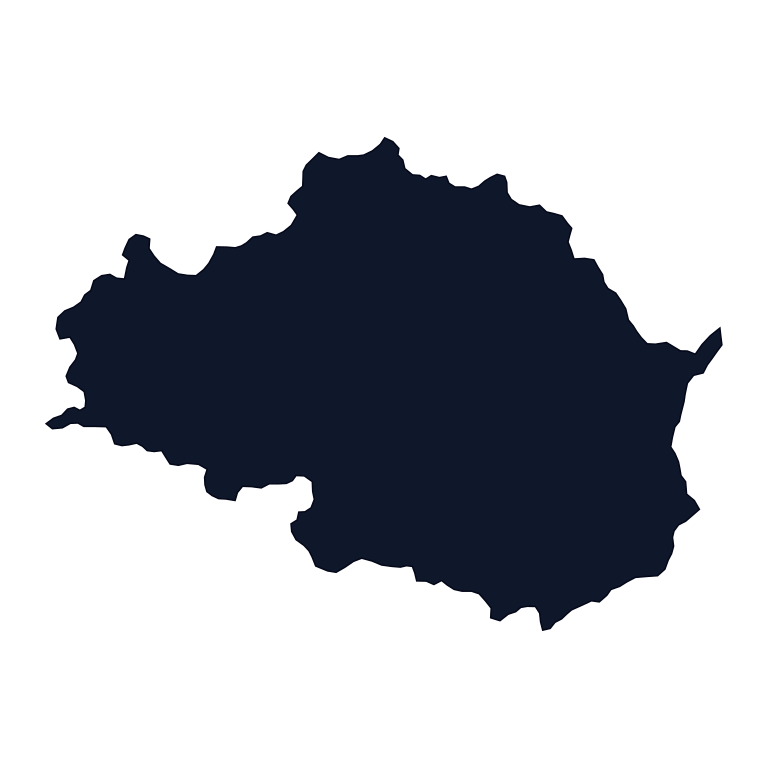 outline of Entre Rios de Minas, Minas Gerais, Brazil
{"feature_id": "56859067B35453234944232", "entity_name": "Entre Rios de Minas", "entity_type": "district", "adm_level": 2, "iso_a3": "BRA", "parent_name": "Brazil", "parent_adm1": "Minas Gerais", "projection": "orthographic", "projection_center": [-44.105, -20.704], "detail": "fine", "context": "isolated", "style": "filled", "palette": "ink", "viewbox_px": 768, "rotation_deg": 0, "n_neighbors": 0, "source": "geoboundaries", "source_scale": "gbopen_adm2", "svg_char_len": 3352}
<svg xmlns="http://www.w3.org/2000/svg" viewBox="0 0 768 768"><path d="M699.4,509.3L694.3,500.5L686.6,494.1L685.6,481.7L681.0,475.6L679.9,469.0L678.5,461.8L674.9,453.4L670.7,447.0L672.4,437.3L674.9,426.9L679.3,421.5L680.6,415.1L682.3,408.4L684.0,401.7L685.1,394.1L687.4,383.2L693.6,375.3L703.2,372.9L707.3,364.9L711.6,359.1L716.9,351.6L721.9,344.9L720.8,336.1L719.9,328.0L710.3,335.7L702.0,344.6L695.3,354.2L687.3,351.0L680.4,350.9L674.5,347.3L666.5,342.5L655.5,344.2L647.2,343.8L641.3,337.7L636.6,331.4L633.3,326.0L628.4,320.0L625.7,308.7L620.6,300.3L615.7,293.1L607.9,288.5L603.9,282.1L602.6,274.6L597.9,267.1L593.9,259.8L584.6,258.4L574.0,259.0L571.3,250.3L568.0,242.0L569.6,235.6L571.7,228.3L567.4,223.3L562.0,215.9L553.1,213.4L546.4,211.9L539.5,205.2L529.8,207.0L519.0,204.8L511.2,199.4L507.1,192.6L506.7,182.4L504.6,176.3L497.1,174.3L490.4,177.6L484.9,181.0L478.8,186.3L471.5,189.2L464.6,187.0L455.0,187.0L448.9,183.2L446.2,176.3L439.4,177.6L431.3,175.6L425.7,179.2L419.8,175.4L412.5,174.9L404.8,168.6L402.8,160.0L397.9,155.0L398.9,148.4L392.9,141.7L384.7,137.8L380.3,144.4L372.4,150.9L363.7,155.1L357.4,155.9L347.7,155.9L339.2,159.5L328.4,157.5L318.9,152.7L312.3,159.3L306.3,165.1L303.2,171.4L303.0,179.2L302.7,186.3L297.0,191.0L291.0,196.4L288.1,203.3L293.3,209.3L297.4,215.0L291.3,225.4L283.5,231.7L276.1,235.2L267.2,232.7L260.6,236.0L252.8,237.1L246.6,242.8L241.3,246.0L235.3,247.8L226.6,247.1L216.6,246.9L213.8,254.4L208.8,263.4L203.7,269.6L196.1,275.7L187.6,275.4L178.0,273.9L170.3,269.1L160.3,263.3L154.0,256.0L149.0,248.5L149.7,239.0L143.5,236.1L135.9,234.6L129.1,239.5L125.1,248.1L122.6,254.9L129.2,260.3L126.8,267.6L124.5,279.0L116.5,278.2L109.9,274.4L101.6,275.7L93.8,280.7L90.8,290.4L84.7,295.0L81.1,302.0L73.5,307.3L64.8,310.9L57.9,317.4L56.2,329.0L60.0,338.9L69.9,337.1L74.4,344.3L77.9,353.4L75.5,359.9L69.9,367.2L66.2,376.2L68.5,382.5L77.2,386.4L84.2,391.6L85.8,400.5L85.2,407.2L79.9,410.4L74.2,407.4L67.6,409.1L61.7,415.4L53.4,418.3L46.1,423.7L52.4,428.7L62.4,427.8L70.4,423.3L77.9,423.0L83.8,426.4L95.4,426.4L106.2,426.7L111.5,434.3L114.7,443.8L121.9,445.6L128.9,444.8L136.7,443.1L142.6,446.3L147.2,450.6L154.1,451.5L161.7,450.6L165.5,456.8L170.1,464.0L178.4,465.3L187.0,463.3L198.5,464.3L207.2,469.3L204.6,477.3L205.0,484.9L206.9,491.6L212.2,495.6L218.6,498.6L226.1,499.0L235.1,500.5L237.4,492.6L242.5,486.3L251.4,486.6L261.3,487.9L269.2,483.8L278.1,483.8L286.4,483.4L292.4,480.6L296.1,475.5L304.3,475.9L312.3,481.6L312.7,491.5L314.3,499.4L311.1,507.8L305.0,511.8L298.8,512.1L297.1,520.0L291.0,523.8L291.7,531.6L296.1,539.7L304.0,545.4L309.0,550.8L312.0,556.7L315.7,566.0L327.6,570.9L336.1,572.3L344.8,567.3L353.4,561.4L361.7,558.2L372.0,561.0L381.6,565.0L391.9,566.4L400.4,567.1L406.4,565.7L412.4,566.4L414.8,573.0L416.7,580.9L426.3,581.1L433.9,584.5L441.6,580.5L447.2,585.0L454.1,589.4L462.1,591.2L471.4,591.2L479.1,593.7L485.4,600.8L491.2,608.1L490.7,617.8L500.0,620.7L508.2,614.2L515.7,611.7L520.8,607.4L527.3,606.3L535.4,606.5L539.7,613.2L540.6,621.9L542.7,630.2L550.2,628.4L555.0,622.3L561.6,618.9L566.5,614.2L571.5,609.9L581.1,605.6L591.4,600.8L599.3,601.9L606.9,595.2L610.9,589.5L619.8,586.3L626.8,581.9L635.4,577.4L647.3,576.4L657.6,575.7L664.9,569.2L668.2,560.1L671.6,553.6L673.6,546.2L672.5,537.3L674.0,531.0L678.5,524.9L685.8,521.1L692.4,515.4L699.4,509.3Z" fill="#0f172a" stroke="#020617" stroke-width="1.5"/></svg>